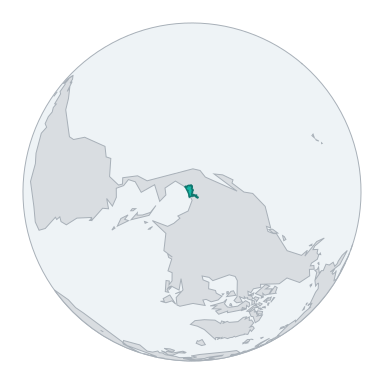 Tamaulipas on an orthographic globe, rotated 149°
{"feature_id": "MEX-2716", "entity_name": "Tamaulipas", "entity_type": "State", "adm_level": 1, "iso_a3": "MEX", "parent_name": "Mexico", "parent_adm1": "", "projection": "orthographic", "projection_center": [-98.976, 24.945], "detail": "fine", "context": "on_globe", "style": "filled", "palette": "teal", "viewbox_px": 384, "rotation_deg": 149, "n_neighbors": 0, "source": "natural_earth", "source_scale": "10m", "svg_char_len": 11491}
<svg xmlns="http://www.w3.org/2000/svg" viewBox="0 0 384 384"><g transform="rotate(149 192 192)"><circle cx="192" cy="192" r="169" fill="#eef3f6" stroke="#a8b0b8"/><path d="M31.6,245.1L32.0,246.3L31.6,245.1ZM251.4,235.8L247.5,234.6L244.0,239.9L230.3,233.9L224.7,224.7L179.3,211.4L174.0,206.3L172.9,197.9L152.9,169.5L163.8,196.1L156.9,190.9L150.6,181.3L153.1,179.1L147.5,165.2L140.7,159.5L136.7,142.0L143.1,120.6L145.9,124.2L147.2,119.1L143.7,114.5L141.1,112.8L140.7,92.7L130.8,81.3L123.1,82.6L128.3,78.9L110.6,85.3L102.3,84.4L114.5,82.5L118.0,80.3L113.7,78.0L116.3,75.2L115.8,72.7L119.3,69.8L126.2,69.5L128.6,67.7L125.4,66.3L127.0,62.9L131.2,65.2L134.3,59.5L146.4,59.0L154.9,69.4L164.5,68.4L180.8,77.6L182.2,74.9L189.2,77.4L193.4,75.4L195.2,78.1L197.0,74.3L194.5,72.2L194.5,69.9L196.7,68.7L199.4,71.8L198.7,72.9L200.7,73.2L201.1,75.3L202.1,73.6L205.2,77.8L205.5,72.0L210.7,74.0L211.9,77.3L207.4,79.0L198.8,92.7L198.5,97.4L202.7,101.8L219.8,105.3L221.3,110.0L226.6,114.8L227.8,111.0L224.0,105.9L227.6,100.5L222.6,95.5L223.3,92.8L220.0,87.3L225.2,86.0L232.1,88.0L235.2,92.7L238.3,93.8L239.2,88.0L248.6,96.0L261.2,100.3L263.1,102.9L259.9,109.7L250.2,112.7L246.0,123.4L253.6,114.6L258.2,122.0L261.0,122.6L263.5,121.4L263.7,118.0L266.2,120.4L259.8,129.5L257.3,127.4L259.4,124.4L254.9,126.1L250.6,133.1L253.2,136.8L243.9,145.0L245.7,147.9L244.7,151.6L242.4,146.3L246.3,156.2L235.7,170.0L240.7,187.9L230.6,175.1L223.7,174.5L215.8,175.8L216.5,178.7L205.1,177.7L196.2,184.8L195.0,199.4L200.6,209.9L213.1,209.3L215.9,202.9L224.5,200.6L220.3,217.5L235.7,217.9L235.4,230.0L240.1,235.4L247.3,232.7L255.0,234.2L259.6,226.4L267.5,220.9L268.5,230.4L272.2,220.6L277.0,224.1L292.1,219.4L291.2,221.9L304.1,228.9L316.6,228.6L319.5,234.1L318.1,238.8L322.1,238.1L322.1,240.7L336.6,236.3L342.8,238.0L341.8,247.0L335.0,261.0L325.0,284.2L311.7,296.9L305.7,305.6L290.9,320.0L283.2,322.4L282.7,326.2L276.3,330.6L270.6,332.6L267.3,335.9L263.0,337.3L264.3,338.3L254.1,343.8L253.4,346.0L245.2,349.7L244.9,350.7L242.9,351.1L240.1,352.1L238.8,352.8L234.1,353.0L236.3,350.2L240.5,348.1L237.9,348.3L247.2,342.5L243.3,344.1L249.7,335.8L257.9,327.5L268.6,302.5L266.5,298.0L255.8,294.2L243.1,275.9L247.5,266.3L244.3,262.6L254.7,247.7L251.4,235.8ZM58.4,179.3L59.2,175.5L60.2,178.6L58.4,179.3ZM58.8,172.7L58.7,174.1L58.6,172.8L58.8,172.7ZM58.0,171.5L58.6,172.3L57.8,171.7L58.0,171.5ZM56.9,170.4L57.5,170.8L57.4,170.9L56.9,170.4ZM240.9,194.1L258.5,199.6L249.5,202.4L251.0,200.5L246.4,197.8L238.1,195.9L229.9,199.0L240.9,194.1ZM55.6,167.5L55.3,166.6L56.0,166.7L55.6,167.5ZM246.5,182.9L243.6,182.7L246.3,182.1L246.5,182.9ZM139.6,112.6L143.4,114.8L145.5,120.2L142.1,118.6L139.6,112.6ZM135.9,103.0L138.4,103.0L136.8,108.0L135.9,106.4L135.9,103.0ZM116.9,84.5L119.5,85.6L116.1,85.5L116.9,84.5ZM115.1,72.9L113.5,73.6L113.9,72.0L115.1,72.9ZM217.3,88.4L218.6,87.9L218.6,89.1L217.3,88.4ZM214.6,86.6L213.6,88.5L212.2,88.0L212.9,86.8L214.6,86.6ZM119.6,66.3L120.7,63.9L120.8,66.2L119.6,66.3ZM216.2,84.5L209.8,86.8L207.3,85.9L207.7,80.9L216.2,84.5ZM122.1,62.5L124.7,57.1L121.4,57.9L132.1,53.0L126.4,58.9L127.0,61.6L124.6,61.1L122.1,62.5ZM192.8,72.1L195.5,74.2L191.1,73.7L192.8,72.1ZM190.0,72.3L176.7,74.7L173.8,71.3L178.8,71.0L173.3,67.8L178.5,64.9L182.6,66.0L183.5,68.7L184.8,65.6L190.0,72.3ZM137.6,51.4L139.2,50.2L138.8,51.4L137.6,51.4ZM194.1,69.0L191.7,69.6L189.0,66.6L193.3,64.8L192.8,66.3L194.1,69.0ZM169.4,68.5L168.2,66.2L172.0,63.1L172.0,61.9L178.3,64.6L169.4,68.5ZM194.5,66.4L195.6,64.1L198.9,64.4L196.3,68.2L194.5,66.4ZM186.4,66.7L185.3,65.2L187.4,65.4L186.4,66.7ZM211.3,65.0L208.4,65.5L206.8,64.0L211.3,65.0ZM195.8,63.2L194.6,63.1L193.7,62.6L195.0,61.2L195.8,63.2ZM180.6,62.4L182.4,61.7L178.2,61.1L180.8,59.0L184.6,61.3L184.1,59.5L184.9,58.9L187.0,61.4L180.6,62.4ZM193.5,58.5L199.1,61.1L204.8,60.3L206.4,61.6L197.0,62.7L193.5,58.5ZM189.5,59.9L192.3,59.3L192.9,61.1L191.4,62.7L189.5,59.9ZM181.3,56.9L176.2,59.5L175.6,58.9L181.3,56.9ZM195.0,57.8L193.6,57.2L195.3,57.6L195.0,57.8ZM185.4,56.7L183.7,57.6L183.0,57.0L185.4,56.7ZM192.2,55.4L194.0,56.2L193.0,57.2L192.2,55.4ZM189.0,55.7L188.4,54.6L191.6,57.1L188.3,56.2L189.0,55.7ZM185.0,55.9L184.0,55.8L185.8,55.7L185.0,55.9ZM194.9,51.3L199.1,54.3L196.9,56.4L193.1,53.2L194.9,51.3ZM240.9,353.0L234.0,353.3L238.3,353.0L243.8,351.1L246.5,351.2L240.9,353.0ZM255.9,347.3L260.8,345.3L261.2,345.3L258.0,346.7L255.9,347.3ZM302.3,64.0L301.2,63.6L304.9,66.6L305.9,67.2L309.5,70.6L307.0,69.2L312.7,76.5L326.6,93.7L328.5,98.4L327.2,100.0L315.5,87.8L312.4,78.8L308.3,75.1L303.2,73.3L302.7,71.0L300.3,69.4L298.6,66.2L290.6,59.4L288.0,56.4L279.5,51.7L277.0,49.7L282.8,52.9L285.4,53.8L278.3,47.5L275.3,45.7L270.4,43.4L269.0,42.3L265.1,40.9L258.4,37.3L263.3,40.8L257.7,39.0L250.7,36.1L249.7,36.3L261.0,41.1L264.8,42.5L266.6,42.7L277.5,48.1L281.1,50.8L273.0,48.1L277.2,51.9L269.0,48.7L243.4,36.6L235.4,33.1L233.6,29.6L238.6,30.7L241.7,32.4L243.7,31.9L241.2,31.4L240.1,30.7L234.4,29.4L233.3,28.9L229.6,28.8L227.7,28.0L230.1,28.1L220.0,26.3L214.5,25.1L212.7,25.0L212.4,25.2L205.7,23.9L204.6,23.9L206.4,24.3L205.6,24.7L201.5,25.1L199.4,24.6L200.6,24.4L200.0,23.5L203.5,23.5L202.2,23.4L198.7,23.4L199.4,24.3L197.5,24.7L196.4,24.1L196.7,24.3L195.1,24.4L191.6,24.2L192.4,24.9L177.7,28.4L169.4,28.9L170.1,27.5L157.6,31.0L149.2,32.3L150.9,32.5L146.1,35.0L148.7,34.6L149.1,34.9L137.8,42.4L133.6,44.2L130.6,48.6L131.5,48.9L134.5,47.7L132.1,53.0L121.4,57.9L120.0,57.0L114.3,61.1L111.9,58.7L107.2,59.1L107.9,54.8L104.2,55.9L102.3,57.4L95.9,60.4L89.0,61.9L102.6,53.7L114.6,52.3L110.4,52.0L113.8,50.2L113.7,49.0L110.5,49.3L108.7,50.4L115.9,43.0L113.0,42.8L107.4,46.2L102.1,49.3L96.8,52.4L107.2,45.9L118.0,40.1L129.3,35.1L140.9,31.0L152.7,27.7L164.8,25.2L177.0,23.7L189.2,23.1L201.5,23.3L213.8,24.4L225.9,26.5L237.9,29.4L249.6,33.1L261.0,37.8L272.0,43.2L282.6,49.4L292.7,56.4L302.3,64.0ZM360.3,177.2L360.4,179.1L359.6,177.1L353.5,163.4L351.3,152.8L347.3,144.1L328.9,99.4L329.1,96.9L319.4,81.1L318.9,80.5L320.2,82.0L328.4,92.2L335.7,103.1L342.2,114.5L347.7,126.4L352.3,138.7L356.0,151.3L358.6,164.2L360.3,177.2ZM340.0,117.8L341.6,120.5L340.0,117.8ZM292.6,219.1L294.5,220.4L292.2,221.2L292.6,219.1ZM248.8,206.7L252.3,206.3L254.2,207.5L251.7,208.5L248.8,206.7ZM276.6,200.7L280.3,200.6L276.7,202.4L276.6,200.7ZM261.1,200.1L273.6,201.2L266.6,205.9L258.6,205.3L263.8,203.3L261.1,200.1ZM246.0,189.0L248.3,189.3L247.9,191.2L246.0,189.0ZM248.5,182.5L247.7,182.8L246.4,181.5L248.5,182.5ZM258.6,121.4L259.2,120.8L262.0,120.2L261.2,121.9L258.6,121.4ZM271.4,110.5L275.3,114.6L272.0,112.6L271.6,115.5L264.1,115.2L263.7,104.2L265.2,109.0L271.4,110.5ZM254.0,112.4L258.8,113.4L253.6,112.7L254.0,112.4ZM288.6,65.3L289.8,64.8L293.2,67.2L296.4,72.3L291.6,68.8L288.6,65.3ZM290.8,63.7L281.8,60.2L279.5,57.3L282.3,59.5L281.6,57.9L286.1,61.0L292.5,62.1L295.9,64.4L300.1,71.8L296.9,67.9L295.8,68.5L290.8,63.7ZM263.2,60.7L259.3,60.3L259.2,54.3L262.8,55.4L266.3,60.2L264.0,61.8L263.2,60.7ZM218.1,75.5L216.6,76.6L215.9,75.6L216.5,73.9L218.1,75.5ZM210.1,65.4L223.8,70.3L222.8,71.6L232.1,73.5L233.0,77.8L227.0,76.4L234.7,81.4L229.6,81.9L235.1,85.0L221.6,81.3L217.3,82.3L221.7,79.5L220.9,75.3L219.3,73.9L211.6,70.6L202.1,71.2L199.9,67.6L200.8,64.9L202.7,64.2L203.6,66.7L205.6,64.0L208.3,67.1L210.1,65.4ZM212.9,41.9L213.1,44.0L217.5,41.2L220.3,43.4L220.6,42.9L224.4,44.3L229.5,45.4L230.1,46.6L231.9,46.5L234.4,47.6L237.0,48.0L239.0,50.4L242.3,51.2L241.3,51.9L246.6,52.7L243.6,53.2L246.5,55.0L247.9,53.5L252.3,67.8L256.4,74.1L261.5,79.3L255.7,80.2L247.2,76.2L238.3,70.3L235.2,64.4L233.1,66.2L231.0,64.0L233.5,63.5L228.4,63.0L227.3,61.1L219.4,57.2L212.6,58.1L209.6,56.9L211.7,55.7L207.2,55.4L209.1,52.4L206.9,51.6L206.6,48.0L211.9,46.4L209.1,45.7L208.8,43.2L212.9,41.9ZM195.1,50.3L200.8,47.4L205.1,47.4L203.8,53.7L205.4,54.9L204.8,59.4L198.5,59.5L199.3,58.1L198.6,56.9L200.8,57.3L198.5,56.0L199.5,54.2L198.0,52.8L200.2,52.2L195.1,50.3ZM313.9,75.7L312.8,74.3L316.1,77.6L317.0,78.7L313.9,75.7ZM309.3,71.1L312.4,74.0L311.3,73.1L309.3,71.1ZM281.4,51.7L279.7,50.4L280.7,50.7L282.9,52.1L281.4,51.7ZM226.6,35.7L226.0,36.5L224.9,36.2L220.6,37.0L218.2,35.7L219.9,34.7L226.6,35.7ZM223.3,34.4L221.8,34.8L221.6,33.9L223.3,34.4ZM216.3,34.8L215.5,33.8L217.5,35.7L216.3,34.8ZM200.9,26.7L209.5,26.7L214.1,26.5L214.2,25.8L217.7,27.2L210.7,27.4L200.9,26.7ZM180.8,28.0L180.8,29.1L178.4,29.1L178.0,28.8L180.8,28.0ZM182.5,28.4L187.0,29.2L185.4,30.1L182.2,29.3L182.5,28.4ZM205.4,30.8L208.2,30.8L208.3,31.5L205.4,30.8ZM31.5,244.9L31.6,245.1L32.0,246.3L31.7,245.3L31.5,244.9ZM86.7,59.9L83.2,62.8L80.9,64.7L86.7,59.9ZM88.2,58.7L91.0,56.6L104.0,48.3L105.4,47.8L92.6,55.6L94.6,54.1L92.3,55.6L88.2,58.7ZM137.8,50.2L139.1,50.2L137.2,50.9L137.8,50.2ZM150.6,34.7L150.9,35.2L148.7,35.9L150.6,34.7ZM150.5,37.4L152.8,36.2L151.2,37.6L150.5,37.4ZM157.8,33.8L154.1,35.9L156.4,33.7L157.8,33.8Z" fill="#d9dde1" stroke="#a8b0b8" stroke-width="1"/><path d="M190.1,184.0L190.3,184.1L190.5,184.2L190.6,184.5L190.7,184.8L190.6,185.0L190.8,185.2L190.8,185.3L190.8,185.5L190.7,185.6L190.8,185.6L190.7,185.8L190.8,185.9L190.9,186.0L191.1,186.2L191.3,186.4L191.4,186.7L191.5,187.0L191.5,187.3L191.7,187.5L191.8,187.7L192.0,187.7L192.1,187.8L192.1,187.7L192.2,187.8L192.3,187.8L192.5,187.8L192.6,188.0L192.8,188.0L192.7,188.1L192.8,188.1L193.0,188.1L193.3,188.2L193.3,188.3L193.4,188.2L193.5,188.3L193.8,188.6L194.0,188.7L194.3,188.7L194.4,188.8L194.5,188.7L194.9,188.7L195.1,188.7L195.2,188.8L195.4,188.8L195.5,188.8L195.7,189.0L195.9,189.1L196.0,189.2L196.1,189.3L196.3,189.3L196.3,189.2L196.5,189.1L196.9,189.0L196.8,189.4L196.8,189.5L196.8,189.8L196.7,189.9L196.6,190.3L196.4,190.7L196.0,191.3L195.6,193.2L195.4,194.7L195.4,195.3L195.1,195.4L195.3,195.5L195.3,195.8L195.3,195.7L195.4,195.4L195.4,195.5L195.3,196.1L195.3,196.4L195.3,197.0L195.3,197.8L195.3,198.2L195.3,197.9L195.3,198.0L195.2,198.3L195.1,198.5L195.0,198.8L194.9,198.9L195.0,198.9L195.1,198.7L195.1,198.8L195.1,199.1L195.2,199.4L195.1,199.5L195.3,199.9L195.2,199.9L195.1,200.0L195.0,199.9L194.9,199.9L194.9,199.7L194.7,199.6L194.4,199.6L194.2,199.4L193.9,199.3L193.8,199.5L193.7,199.5L193.6,199.4L193.6,199.5L193.5,199.4L193.4,199.4L193.0,199.4L192.9,199.4L192.7,199.5L192.4,199.6L192.1,199.6L191.8,199.5L191.7,199.4L191.4,199.4L191.2,199.3L191.1,199.0L191.0,198.8L190.9,198.7L190.8,198.8L190.7,198.8L190.6,198.6L190.4,198.5L190.5,198.7L190.5,198.8L190.4,198.8L190.1,198.8L189.2,198.4L189.1,198.1L189.3,198.0L189.4,197.9L189.5,197.8L189.5,197.7L189.4,197.6L189.2,197.4L189.2,197.2L189.1,197.3L189.1,197.1L189.1,196.8L189.0,196.7L188.9,196.7L189.0,196.5L189.3,196.6L189.5,196.6L189.4,196.2L189.5,195.8L189.6,195.6L189.8,195.5L190.1,195.5L190.3,195.5L190.4,195.4L190.6,195.1L190.7,194.9L190.3,194.6L190.3,194.4L190.3,194.2L190.4,193.8L190.4,193.7L190.3,193.3L190.0,193.4L190.0,193.2L190.1,192.9L190.4,192.8L190.5,192.9L190.6,192.7L190.8,192.6L191.0,192.5L191.1,192.4L191.3,192.4L191.5,192.5L191.5,192.4L191.4,192.3L191.4,192.2L191.5,192.1L191.4,191.9L191.5,191.8L191.5,191.7L191.8,191.5L192.0,191.6L193.3,190.7L193.4,190.4L193.2,190.4L193.1,190.2L193.1,189.4L193.1,189.1L193.1,188.9L192.6,188.8L192.5,188.7L192.4,188.7L192.3,188.8L192.2,189.0L192.1,188.8L191.9,188.6L191.7,188.7L191.5,188.3L191.5,188.2L191.4,188.0L191.1,187.8L191.1,187.7L191.0,187.8L190.9,187.8L190.8,187.7L190.9,187.4L190.9,187.2L190.6,186.9L190.4,186.9L190.2,186.9L190.3,186.8L190.3,186.7L190.5,186.4L190.4,186.4L190.2,186.3L190.1,186.2L190.2,185.5L190.1,185.4L190.0,184.8L190.0,184.6L189.9,184.5L189.6,184.5L189.6,184.4L189.6,184.2L189.8,184.1L190.1,184.0ZM195.2,198.5L195.2,198.4L195.2,198.5L195.2,198.5Z" fill="#14b8a6" stroke="#0f766e" stroke-width="1.5"/></g></svg>